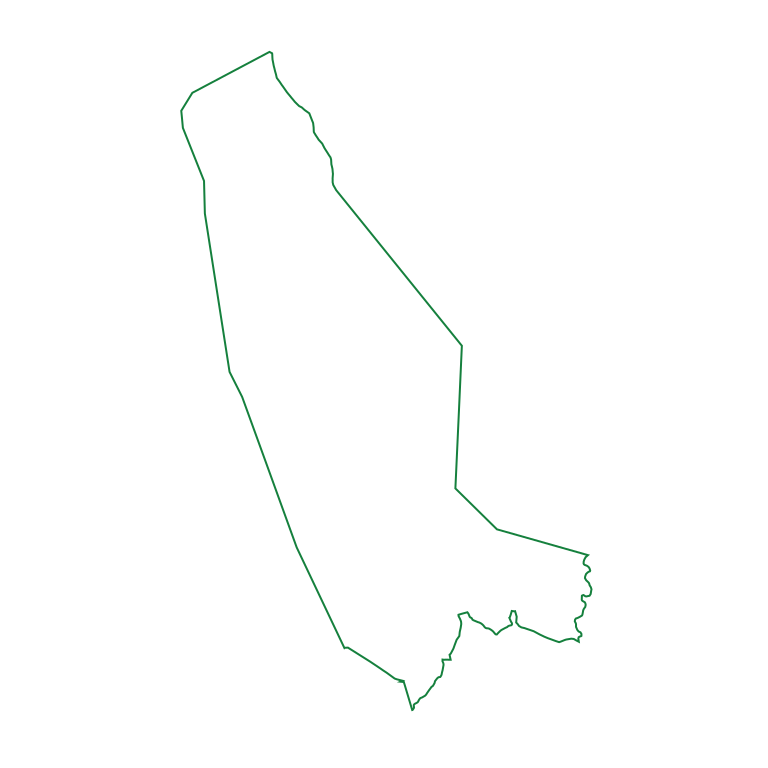 the district of San José del Peñasco, Oaxaca, Mexico, rotated 184°
{"feature_id": "50627088B98907019686863", "entity_name": "San José del Peñasco", "entity_type": "district", "adm_level": 2, "iso_a3": "MEX", "parent_name": "Mexico", "parent_adm1": "Oaxaca", "projection": "mercator", "projection_center": [-96.508, 16.278], "detail": "fine", "context": "isolated", "style": "outline", "palette": "green", "viewbox_px": 768, "rotation_deg": 184, "n_neighbors": 0, "source": "geoboundaries", "source_scale": "gbopen_adm2", "svg_char_len": 3838}
<svg xmlns="http://www.w3.org/2000/svg" viewBox="0 0 768 768"><g transform="rotate(184 384 384)"><path d="M521.4,707.3L595.5,661.1L605.3,642.4L603.9,634.1L602.5,625.5L577.7,574.0L574.6,541.6L538.9,385.3L524.6,361.2L498.3,302.0L459.7,214.9L405.1,117.9L404.9,118.1L401.6,118.5L378.5,106.1L367.5,99.8L367.0,99.5L365.0,98.3L361.8,96.5L361.1,96.1L352.8,90.9L350.6,90.3L344.9,89.3L346.8,88.2L343.4,88.1L342.9,86.6L342.7,86.2L333.1,60.7L332.8,60.8L331.7,62.6L331.5,63.6L331.7,64.4L331.9,65.3L331.9,65.8L331.4,66.7L330.8,67.2L329.3,68.1L328.3,68.8L327.7,69.7L327.4,70.7L326.5,72.3L325.8,73.2L324.1,74.0L322.2,75.3L321.3,75.9L320.3,77.1L319.4,78.8L317.5,82.0L316.9,82.9L315.9,84.5L315.4,85.3L314.6,85.8L314.0,86.5L312.7,89.2L312.4,91.1L310.4,94.1L309.4,95.1L308.8,95.4L308.1,95.5L307.4,95.7L306.7,97.0L306.3,98.0L306.1,99.7L306.0,100.4L305.6,102.5L305.0,107.9L305.2,109.2L305.7,110.4L306.3,111.4L306.4,113.2L305.1,113.1L303.2,113.3L301.6,113.4L299.7,113.5L298.3,113.6L299.1,116.3L299.7,118.5L298.6,119.7L297.0,123.3L296.3,124.9L295.3,128.5L293.7,133.9L291.3,137.8L291.2,139.8L291.2,140.9L291.1,142.3L290.5,146.2L290.2,149.8L290.3,150.9L290.6,152.5L291.4,154.2L292.0,155.4L292.6,156.3L293.5,157.9L293.6,159.0L290.7,160.1L284.9,162.1L283.8,160.8L283.1,159.5L282.3,157.8L281.5,157.1L280.6,156.8L280.1,156.4L279.7,155.8L279.3,155.1L278.4,154.6L273.7,153.0L272.3,152.7L270.6,152.0L269.2,151.1L267.9,150.0L267.0,148.9L266.5,148.4L265.7,147.8L264.8,147.5L263.7,147.5L262.4,147.4L260.9,146.7L259.6,146.0L257.9,144.8L255.8,142.6L255.2,142.1L254.6,142.0L254.0,142.0L252.6,143.8L250.8,145.8L249.7,146.8L245.9,149.2L244.2,150.1L243.1,151.2L242.3,151.6L240.0,152.3L239.5,153.4L239.8,154.5L240.8,155.9L242.6,159.4L242.4,159.5L241.5,162.7L240.7,166.5L238.1,166.3L237.4,166.5L235.4,161.1L235.5,155.3L233.8,153.7L232.5,152.1L230.0,150.8L226.8,150.3L224.6,149.7L221.5,148.9L217.4,147.8L214.3,146.4L211.2,145.0L207.9,143.7L206.7,143.2L202.9,141.9L199.0,140.8L194.5,139.5L191.3,138.7L189.8,139.3L185.9,141.2L184.4,141.8L179.4,143.0L176.9,142.9L174.3,141.6L171.7,140.5L172.4,143.7L172.1,145.0L170.9,145.8L170.0,146.1L169.5,146.5L169.6,148.4L170.7,150.0L172.6,150.7L174.0,152.2L175.5,155.1L175.7,157.8L176.1,158.9L177.1,160.5L177.0,162.1L176.3,163.4L174.4,164.2L172.4,165.4L170.4,166.8L170.0,167.7L169.7,170.1L169.5,172.1L169.1,173.3L168.3,174.7L167.7,175.6L167.4,177.7L167.8,179.2L168.5,180.3L169.5,180.8L170.9,181.5L171.5,182.1L171.7,182.9L171.7,183.8L171.8,185.8L171.8,186.6L171.3,187.0L170.2,187.4L169.3,186.8L168.3,186.3L167.3,186.2L164.2,187.1L163.2,188.9L162.9,192.1L162.7,193.7L163.5,195.7L164.8,197.5L165.5,199.5L166.4,200.5L168.6,202.3L170.0,204.4L169.9,206.0L169.2,208.5L167.9,210.0L167.1,210.7L166.3,211.2L165.5,211.5L165.3,212.2L165.8,213.7L166.4,214.8L167.0,215.6L167.7,216.1L168.8,216.8L169.7,217.1L171.1,217.5L172.0,218.1L172.4,219.0L172.4,220.9L171.9,222.9L170.8,225.3L169.3,226.8L168.6,227.5L261.2,246.9L305.5,284.8L307.4,363.7L309.0,427.6L310.8,429.5L445.2,574.0L447.7,577.8L448.5,579.0L449.3,581.6L449.5,584.5L449.6,585.3L449.6,588.0L449.6,590.1L449.9,591.7L450.4,594.9L451.2,597.6L451.8,599.4L452.4,604.1L452.5,604.5L452.9,605.5L453.2,606.4L453.6,606.8L455.3,609.0L456.2,610.3L458.6,613.5L459.9,615.3L461.4,617.8L462.4,619.5L464.4,621.4L466.3,623.2L467.2,624.5L469.7,627.7L469.7,627.8L471.1,629.7L471.6,630.6L472.0,634.1L472.1,635.1L472.9,639.3L473.2,640.0L474.0,641.6L477.4,648.8L482.0,651.6L482.7,652.1L485.2,654.1L485.8,654.4L488.0,655.3L490.6,657.5L492.9,659.5L493.3,660.0L495.3,662.1L496.6,663.4L497.0,663.9L499.7,666.7L501.0,668.1L501.2,668.3L505.0,673.0L505.8,674.0L506.7,675.0L509.0,678.0L512.2,681.7L512.5,682.4L513.1,684.5L513.3,685.2L514.4,688.2L514.7,689.1L515.4,691.4L516.1,693.4L516.6,695.2L516.7,695.7L517.6,699.0L517.8,699.6L518.1,701.8L518.5,705.3L518.7,706.1L521.4,707.3Z" fill="none" stroke="#15803d" stroke-width="2"/></g></svg>